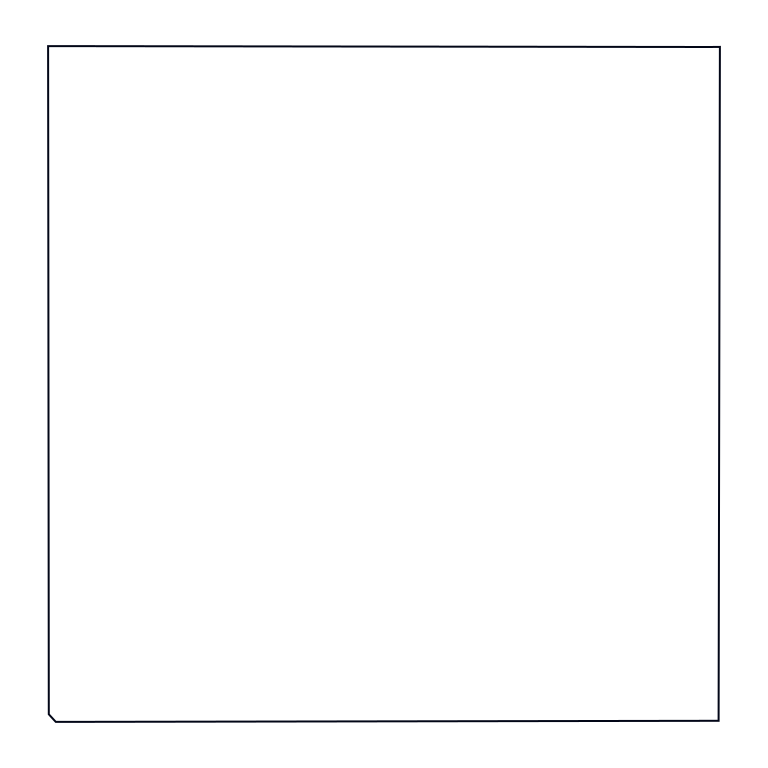 outline of Greeley, Nebraska, United States of America, rotated 180°
{"feature_id": "52423323B21407841844396", "entity_name": "Greeley", "entity_type": "district", "adm_level": 2, "iso_a3": "USA", "parent_name": "United States of America", "parent_adm1": "Nebraska", "projection": "albers", "projection_center": [-98.464, 41.568], "detail": "fine", "context": "isolated", "style": "outline", "palette": "ink", "viewbox_px": 768, "rotation_deg": 180, "n_neighbors": 0, "source": "geoboundaries", "source_scale": "gbopen_adm2", "svg_char_len": 255}
<svg xmlns="http://www.w3.org/2000/svg" viewBox="0 0 768 768"><g transform="rotate(180 384 384)"><path d="M712.2,46.1L49.4,47.2L48.1,721.1L58.7,721.0L719.9,721.9L719.7,552.9L719.2,53.7L712.2,46.1Z" fill="none" stroke="#020617" stroke-width="2"/></g></svg>